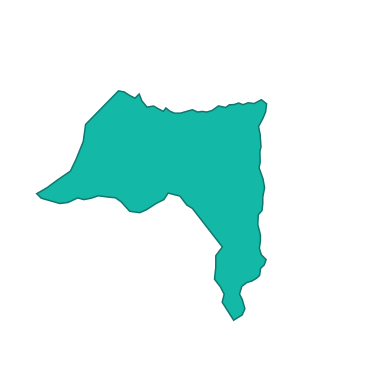 outline of Brazabrantes, Goiás, Brazil, rotated 137°
{"feature_id": "56859067B50932021579318", "entity_name": "Brazabrantes", "entity_type": "district", "adm_level": 2, "iso_a3": "BRA", "parent_name": "Brazil", "parent_adm1": "Goiás", "projection": "mercator", "projection_center": [-49.38, -16.374], "detail": "fine", "context": "isolated", "style": "filled", "palette": "teal", "viewbox_px": 384, "rotation_deg": 137, "n_neighbors": 0, "source": "geoboundaries", "source_scale": "gbopen_adm2", "svg_char_len": 1321}
<svg xmlns="http://www.w3.org/2000/svg" viewBox="0 0 384 384"><g transform="rotate(137 192 192)"><path d="M249.0,69.8L239.1,67.9L233.0,70.5L228.5,79.2L226.9,84.9L220.0,89.0L213.7,88.4L209.1,86.1L203.7,84.9L199.5,84.9L193.8,89.4L189.0,89.4L183.9,92.0L184.1,98.9L181.1,104.9L175.6,109.3L171.3,113.8L166.1,123.3L159.0,130.2L153.4,130.7L148.2,135.2L143.6,140.1L136.0,145.6L131.1,153.2L126.5,163.9L121.9,167.2L114.7,175.3L110.6,178.1L106.7,183.0L102.9,187.6L98.7,194.5L89.9,197.5L83.5,200.4L77.3,205.6L78.3,212.2L86.2,214.3L90.1,219.0L95.1,221.0L97.2,225.3L101.5,227.2L105.2,230.3L109.7,230.8L113.9,236.9L121.7,237.9L126.7,240.4L129.6,244.0L133.3,246.6L135.6,251.9L140.1,254.2L146.6,257.5L151.1,261.7L153.1,266.3L153.8,271.3L157.9,270.5L159.8,275.6L161.4,281.0L167.0,284.8L166.5,292.9L163.8,299.7L169.7,299.5L171.8,305.3L173.3,311.4L176.8,316.1L223.7,314.0L237.1,303.1L254.4,295.0L266.7,290.2L281.0,292.4L289.4,293.4L295.6,294.1L306.7,296.7L306.5,290.3L296.5,273.7L289.8,268.9L279.6,265.6L276.3,260.2L270.1,256.3L263.1,253.1L256.8,245.5L251.9,239.9L250.5,233.1L250.7,220.3L244.3,212.5L237.5,210.1L225.7,208.0L217.8,205.6L210.2,207.5L203.6,197.2L204.7,186.0L202.9,179.8L207.3,131.1L218.0,129.2L226.2,120.5L235.0,112.9L235.9,103.4L238.2,95.3L245.1,90.8L249.0,69.8Z" fill="#14b8a6" stroke="#0f766e" stroke-width="1.5"/></g></svg>